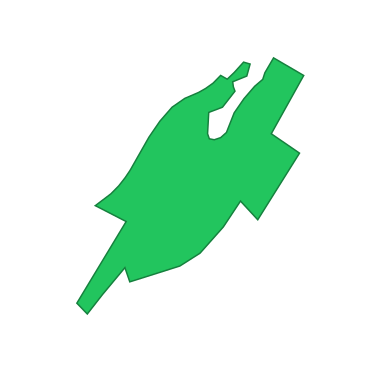 outline of Nicas, rotated 38°
{"feature_id": "LVA-5717", "entity_name": "Nicas", "entity_type": "Municipality", "adm_level": 1, "iso_a3": "LVA", "parent_name": "Latvia", "parent_adm1": "", "projection": "albers", "projection_center": [21.055, 56.332], "detail": "fine", "context": "isolated", "style": "filled", "palette": "green", "viewbox_px": 384, "rotation_deg": 38, "n_neighbors": 0, "source": "natural_earth", "source_scale": "10m", "svg_char_len": 751}
<svg xmlns="http://www.w3.org/2000/svg" viewBox="0 0 384 384"><g transform="rotate(38 192 192)"><path d="M124.2,262.3L129.2,243.4L130.5,232.3L130.5,221.9L129.9,213.2L124.3,175.2L123.1,155.9L124.1,137.4L128.7,122.6L135.9,109.5L139.0,102.0L141.6,93.2L142.8,82.5L150.3,81.4L151.7,71.8L152.7,57.9L159.0,55.4L163.8,66.9L156.2,80.1L159.9,83.7L163.8,86.1L163.8,99.8L163.8,106.4L156.2,119.0L168.4,136.5L172.9,139.4L177.4,137.1L181.1,131.5L182.5,123.9L176.5,103.6L175.5,86.4L176.3,70.1L178.4,59.7L176.0,53.1L173.7,36.1L208.3,31.4L218.6,97.3L252.8,95.2L260.9,173.4L235.8,169.3L238.2,200.2L236.0,235.2L228.0,257.8L198.3,301.1L185.7,292.9L184.6,327.9L184.6,352.6L169.7,350.5L158.3,255.8L124.2,262.3Z" fill="#22c55e" stroke="#15803d" stroke-width="1.5"/></g></svg>